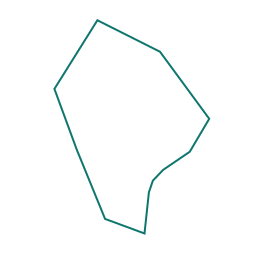 an SVG outline of Cotabato, rotated 189°
{"feature_id": "PHL-5527", "entity_name": "Cotabato", "entity_type": "Independent Component City", "adm_level": 1, "iso_a3": "PHL", "parent_name": "Philippines", "parent_adm1": "", "projection": "orthographic", "projection_center": [124.232, 7.243], "detail": "fine", "context": "isolated", "style": "outline", "palette": "teal", "viewbox_px": 256, "rotation_deg": 189, "n_neighbors": 0, "source": "natural_earth", "source_scale": "10m", "svg_char_len": 297}
<svg xmlns="http://www.w3.org/2000/svg" viewBox="0 0 256 256"><g transform="rotate(189 128 128)"><path d="M49.2,149.8L63.3,114.2L86.7,92.2L95.2,79.9L97.3,67.7L95.2,26.4L136.4,34.6L175.1,98.4L206.8,155.1L175.1,229.6L108.3,208.3L49.2,149.8Z" fill="none" stroke="#0f766e" stroke-width="2"/></g></svg>